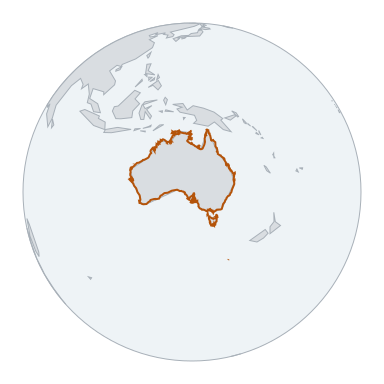 the Earth from above Australia
{"feature_id": "AUS", "entity_name": "Australia", "entity_type": "country or territory", "adm_level": 0, "iso_a3": "AUS", "parent_name": "Oceania", "parent_adm1": "", "projection": "orthographic", "projection_center": [137.073, -32.4], "detail": "fine", "context": "on_globe", "style": "outline", "palette": "amber", "viewbox_px": 384, "rotation_deg": 0, "n_neighbors": 0, "source": "natural_earth", "source_scale": "50m", "svg_char_len": 10929}
<svg xmlns="http://www.w3.org/2000/svg" viewBox="0 0 384 384"><circle cx="192" cy="192" r="169" fill="#eef3f6" stroke="#a8b0b8"/><path d="M302.6,167.8L302.5,169.0L302.3,169.1L302.6,167.8ZM339.4,112.6L338.0,109.5L339.8,112.6L339.4,112.6ZM336.4,106.9L337.1,108.1L336.4,106.9L336.4,106.9ZM335.5,105.6L336.2,106.5L335.6,105.8L335.5,105.6ZM334.4,104.2L335.0,104.9L334.4,104.2ZM332.3,101.3L331.7,100.5L332.1,100.7L332.3,101.3ZM231.0,356.4L232.7,356.0L240.7,353.8L231.0,356.4ZM233.1,28.1L227.9,27.5L222.6,25.8L233.1,28.1ZM195.9,23.1L188.7,23.3L196.9,23.4L199.8,23.9L194.3,26.3L170.5,32.1L174.1,34.7L172.8,36.6L166.4,38.0L168.0,35.1L163.5,34.4L165.5,32.8L155.7,34.7L158.0,32.6L149.3,35.5L150.2,37.0L157.9,35.7L149.4,39.7L154.4,42.7L152.5,47.6L135.7,58.9L122.3,64.4L121.0,66.5L117.0,65.3L109.6,70.9L115.5,80.9L114.6,84.8L103.7,94.7L103.8,91.8L93.1,88.6L89.7,98.5L97.7,103.7L100.4,112.7L93.6,111.7L91.0,104.1L87.3,102.7L89.3,94.1L88.3,84.0L81.5,88.8L83.1,84.3L80.6,78.4L71.4,85.7L56.1,105.2L52.3,118.1L47.8,126.8L46.6,113.9L50.0,103.7L47.1,107.6L48.0,103.7L46.7,105.8L53.1,95.7L60.3,86.2L68.1,77.2L76.5,68.7L85.4,60.9L94.9,53.7L104.9,47.2L115.4,41.4L126.2,36.4L137.3,32.1L148.7,28.7L160.3,26.0L172.1,24.2L184.0,23.2L195.9,23.1ZM26.9,228.1L27.1,228.9L30.9,242.1L36.7,258.4L41.0,266.9L44.6,274.3L48.0,279.7L53.7,288.5L61.4,298.9L65.7,304.2L57.8,294.7L50.7,284.6L44.3,274.1L38.7,263.1L33.9,251.7L30.0,240.0L26.9,228.1ZM88.4,276.8L91.6,277.7L90.6,279.3L88.4,276.8ZM29.3,224.3L38.8,252.1L39.1,256.6L35.8,251.2L29.9,235.8L28.5,227.0L26.9,218.5L29.3,224.3ZM140.2,130.8L145.3,131.1L145.2,131.9L140.2,130.8ZM134.9,128.8L140.5,128.5L134.0,130.6L134.9,128.8ZM142.8,128.4L148.6,126.5L151.1,125.2L150.7,126.7L142.8,128.4ZM131.1,129.4L111.4,132.7L103.8,132.5L105.4,129.5L117.6,127.4L131.1,129.4ZM104.8,129.6L93.6,125.5L79.9,111.2L84.8,109.5L99.4,116.0L98.4,118.4L105.2,122.1L104.8,129.6ZM132.8,110.9L131.8,117.6L120.7,118.8L115.8,118.6L112.4,111.1L114.3,106.7L118.2,106.0L134.8,90.3L140.3,92.8L135.0,98.9L139.6,103.7L132.8,110.9ZM52.5,119.0L53.8,124.9L51.5,127.8L52.5,119.0ZM142.4,80.9L135.1,87.0L142.0,79.3L142.4,80.9ZM147.0,74.2L147.0,76.7L144.6,74.5L147.0,74.2ZM120.0,69.7L115.8,71.2L116.1,69.6L121.7,66.8L120.0,69.7ZM151.0,52.2L149.3,56.5L148.0,58.1L146.8,55.6L151.0,52.2ZM265.2,229.5L268.1,233.2L263.6,238.0L257.0,242.0L249.8,240.5L265.2,229.5ZM211.1,225.5L209.1,217.0L216.9,218.2L215.2,224.9L211.1,225.5ZM270.0,226.8L274.0,221.6L273.8,212.3L275.3,221.7L280.5,225.5L270.0,233.7L270.0,226.8ZM177.6,189.7L146.9,203.9L139.5,202.8L140.1,196.6L130.9,180.4L133.2,180.4L130.2,169.7L147.6,158.2L159.7,141.0L170.8,142.1L178.4,131.0L190.3,132.7L187.5,141.5L200.8,149.3L207.7,129.8L217.9,153.9L228.9,165.0L234.3,182.6L222.0,208.6L213.1,212.4L210.5,208.9L207.0,211.3L200.3,208.7L194.8,197.9L191.4,200.4L193.8,193.5L189.4,199.4L185.1,192.7L177.6,189.7ZM263.9,165.3L266.2,166.9L270.4,173.2L266.7,170.7L263.9,165.3ZM296.9,169.0L298.3,172.0L295.9,170.9L296.9,169.0ZM302.3,169.1L299.3,167.9L302.6,167.8L302.3,169.1ZM273.6,155.8L274.9,157.8L274.0,157.9L273.6,155.8ZM272.7,154.8L273.7,153.0L273.8,155.4L272.7,154.8ZM261.2,137.9L262.3,137.3L263.0,138.4L261.2,137.9ZM152.9,130.8L159.7,125.0L163.7,124.6L152.9,130.8ZM259.1,134.8L255.9,133.5L256.2,132.4L259.1,134.8ZM259.1,132.2L258.7,130.5L260.9,135.0L259.1,132.2ZM252.8,126.5L256.9,130.7L252.4,126.7L252.8,126.5ZM250.6,126.1L247.8,124.0L247.9,123.6L250.6,126.1ZM220.8,120.1L231.1,131.7L223.3,129.6L214.4,122.0L208.1,126.2L193.6,123.3L196.7,120.4L194.5,115.3L180.0,112.2L177.0,109.0L182.1,107.2L172.7,104.4L182.9,103.5L187.2,110.0L193.1,105.7L203.6,108.2L214.0,112.1L222.8,118.6L220.8,120.1ZM183.3,117.4L185.1,117.5L183.6,119.4L183.3,117.4ZM242.4,118.8L246.5,123.2L246.1,123.8L244.1,122.7L242.4,118.8ZM224.8,117.9L234.1,114.9L236.4,115.6L230.3,120.1L224.8,117.9ZM231.7,110.9L236.1,112.8L238.6,116.5L237.7,117.0L231.7,110.9ZM162.5,110.8L162.2,112.5L159.6,111.2L162.5,110.8ZM165.8,109.8L173.7,111.8L165.1,111.2L165.8,109.8ZM142.9,104.8L145.1,108.6L151.9,105.6L146.7,109.6L151.5,116.1L150.1,118.8L145.2,111.6L143.8,119.4L140.8,119.5L139.0,113.1L141.9,105.2L144.9,101.8L157.4,99.9L142.9,104.8ZM165.7,104.8L163.6,100.2L165.2,97.3L167.4,99.6L165.7,104.8ZM158.0,89.9L153.0,85.3L148.2,87.4L158.3,80.4L161.4,85.8L158.0,89.9ZM154.3,79.8L149.8,81.6L154.7,77.7L154.3,79.8ZM148.8,80.2L148.7,77.1L152.1,77.3L148.8,80.2ZM156.7,79.8L158.1,74.5L159.5,77.5L156.7,79.8ZM148.2,70.6L154.9,74.9L145.6,73.5L146.9,64.3L151.0,63.8L148.2,70.6ZM181.9,38.9L181.9,37.3L186.1,37.1L184.9,38.2L181.9,38.9ZM199.7,36.0L187.2,36.5L177.1,37.7L179.5,38.5L175.9,41.4L173.2,38.7L181.3,35.8L188.7,35.4L191.2,33.5L197.5,32.7L198.3,30.5L201.5,30.0L203.0,31.9L199.7,36.0ZM198.4,29.7L202.1,27.0L209.3,28.2L210.1,29.0L205.4,29.6L201.8,28.9L198.4,29.7ZM205.1,26.8L201.7,26.2L200.1,23.7L201.6,23.6L206.6,25.5L203.7,25.1L202.8,25.8L205.1,26.8Z" fill="#d9dde1" stroke="#a8b0b8" stroke-width="1"/><path d="M209.6,133.5L209.4,134.4L210.2,135.4L211.1,140.2L211.6,140.6L213.1,140.0L213.6,140.8L215.3,142.2L215.5,146.4L216.4,147.8L216.8,147.9L217.3,150.0L217.0,151.8L217.8,152.7L217.8,153.9L219.9,155.3L220.6,155.3L221.4,156.5L224.1,158.3L224.4,158.9L223.8,159.1L225.7,162.2L226.1,164.8L226.5,164.7L226.8,165.2L227.1,164.1L228.3,165.4L228.6,164.9L228.9,165.5L228.9,168.1L229.6,169.2L231.3,170.4L233.7,174.6L233.6,175.4L234.1,176.2L233.5,179.8L234.3,183.0L234.2,184.3L232.0,189.6L231.4,192.1L230.2,193.7L229.9,194.9L229.0,195.7L228.1,196.0L226.6,197.8L226.4,198.8L225.2,200.3L224.8,201.8L223.1,204.0L221.8,208.9L220.7,209.5L217.0,209.6L214.4,211.5L212.9,211.5L213.2,212.0L213.5,211.9L213.2,212.8L212.8,211.9L212.3,212.0L212.0,211.3L211.1,210.8L211.5,210.4L211.4,210.0L211.0,209.9L210.1,210.6L209.6,210.1L210.1,210.2L210.6,209.5L210.1,208.9L208.9,209.5L209.5,209.7L206.8,211.3L204.4,209.9L202.8,209.5L202.1,209.8L201.1,208.9L199.7,208.3L198.4,206.4L198.6,204.6L198.3,203.8L196.5,201.4L197.3,201.5L197.3,200.8L195.5,201.6L194.7,201.5L195.5,199.8L195.4,199.0L194.5,197.2L193.5,200.1L191.5,200.4L191.9,199.4L192.8,199.4L193.0,197.2L194.1,195.5L193.9,194.4L194.3,194.1L193.8,192.5L193.8,193.3L192.4,195.6L190.4,196.8L189.1,198.7L189.3,199.6L188.9,199.3L188.6,199.5L187.3,198.5L187.5,198.2L188.1,198.5L187.5,196.6L186.2,194.6L185.2,194.3L184.6,193.1L184.9,193.1L184.9,192.5L183.5,191.6L182.4,191.5L181.2,190.9L179.9,191.1L177.1,189.7L171.7,190.7L167.8,192.7L164.4,193.1L161.7,195.2L160.5,195.7L159.1,198.6L155.9,199.2L155.7,198.9L154.1,199.0L150.5,200.0L149.8,201.3L148.6,201.9L146.5,204.0L143.4,204.3L142.1,204.0L140.9,203.2L139.5,203.0L139.1,200.8L140.0,201.0L140.4,199.6L139.6,195.2L137.5,192.2L136.2,188.3L134.0,185.6L133.3,183.5L130.6,180.7L131.0,180.8L131.0,180.3L131.8,181.5L132.3,181.2L132.3,180.7L130.9,179.2L130.9,178.8L131.7,179.3L131.9,180.2L132.1,179.8L132.6,180.6L132.9,180.8L133.2,180.4L132.9,179.1L130.3,175.5L130.2,173.9L130.6,172.4L130.5,170.9L130.1,170.2L130.6,167.9L130.8,167.7L131.2,169.5L131.7,169.0L132.3,167.3L134.1,165.9L137.0,162.9L138.8,162.7L142.2,160.8L143.0,159.9L144.3,159.8L147.9,157.9L148.8,157.0L149.9,154.4L151.2,153.1L150.5,151.6L150.7,150.4L152.5,148.1L154.4,151.0L154.3,149.6L155.0,149.8L155.1,149.2L154.0,148.1L154.3,147.9L154.2,147.3L154.6,147.2L154.9,147.7L155.4,147.3L157.5,147.4L156.4,147.3L157.0,146.0L156.7,146.3L156.3,145.7L156.4,145.0L156.7,144.9L157.1,144.3L158.1,144.6L158.1,144.2L157.7,144.3L157.4,143.9L158.0,143.4L158.9,143.6L158.3,142.6L159.4,141.8L159.5,141.1L159.6,141.9L160.1,141.7L160.3,142.1L160.6,141.7L160.7,140.2L161.3,140.7L161.6,140.2L162.1,140.6L163.0,139.3L164.6,140.0L166.8,141.8L166.5,143.5L166.7,143.2L167.0,143.3L166.8,142.6L167.9,141.8L169.2,142.0L169.7,142.7L169.8,141.9L170.9,142.6L170.9,141.8L171.5,141.7L170.8,141.2L171.0,141.0L170.1,140.6L171.0,139.3L171.3,138.2L172.5,137.3L172.2,136.4L172.8,135.6L173.5,135.5L173.5,134.9L174.2,135.2L174.2,134.6L175.4,133.7L175.8,134.3L178.1,133.9L178.6,134.2L178.9,133.8L179.4,133.7L179.3,132.4L176.8,131.6L177.2,131.2L177.8,131.5L178.3,131.3L179.3,132.0L180.1,131.7L180.8,132.5L184.3,133.3L185.2,133.1L186.1,133.7L186.7,133.8L188.7,132.6L188.1,133.7L188.9,133.6L189.1,134.3L189.7,134.3L189.7,133.5L190.5,133.0L191.6,134.1L190.5,135.3L190.6,135.9L190.2,136.5L189.8,136.3L188.7,136.7L188.8,138.5L187.2,140.8L187.4,141.3L189.8,143.1L191.0,143.4L191.2,144.0L191.8,144.0L193.8,145.0L195.3,146.3L197.5,146.9L198.1,148.1L200.3,149.2L201.7,149.1L202.6,148.5L204.3,144.7L205.0,141.9L204.6,138.4L205.1,136.9L205.0,136.0L206.0,135.5L205.2,134.7L205.3,134.4L205.8,133.3L206.1,133.6L206.7,130.6L207.6,129.9L208.0,130.1L207.8,130.4L208.5,131.1L208.7,133.1L209.6,133.5ZM209.0,216.9L210.3,217.3L212.4,218.6L213.4,218.5L213.6,218.7L214.0,218.3L215.0,218.4L216.2,217.9L216.7,218.1L216.5,222.1L216.3,221.4L215.8,222.1L215.4,223.3L215.3,224.7L214.9,224.9L214.7,224.3L215.0,224.0L214.6,223.7L214.3,224.3L214.0,223.5L213.7,224.7L213.2,224.5L213.4,224.9L212.8,225.8L211.1,225.5L211.0,225.0L211.5,224.8L210.8,224.7L210.1,223.6L209.7,221.5L210.2,222.3L210.3,221.9L210.0,221.3L209.8,221.4L209.8,220.9L209.0,219.0L208.8,217.8L209.0,216.9ZM173.4,131.9L175.2,131.3L176.0,132.0L174.4,133.4L173.1,132.6L172.7,131.5L173.4,131.9ZM193.3,201.8L194.0,201.8L194.5,202.2L193.4,202.3L192.9,202.8L191.2,202.7L190.7,202.3L191.0,201.9L192.6,201.4L193.2,201.5L193.3,201.8ZM191.0,138.1L191.5,138.1L191.1,138.9L191.7,139.2L191.5,139.5L189.9,139.3L190.1,138.3L190.8,137.8L191.0,138.1ZM234.0,175.6L233.8,175.0L234.1,174.0L234.6,173.5L234.5,172.9L234.8,172.7L234.9,173.7L234.0,175.6ZM216.6,214.9L217.2,215.6L217.2,216.2L216.7,216.4L216.1,215.2L216.6,214.9ZM172.4,131.9L173.4,133.2L171.8,133.2L172.4,131.9ZM207.4,215.2L207.3,214.5L207.7,213.6L207.9,214.7L207.4,215.2ZM199.4,145.8L198.7,146.2L197.9,146.5L198.3,145.7L199.1,145.5L199.4,145.8ZM130.5,180.3L129.9,179.6L129.7,178.9L129.8,178.9L130.5,180.3ZM217.1,216.6L217.4,217.0L217.2,217.1L216.4,216.7L217.1,216.6ZM229.4,168.4L229.9,168.5L229.8,169.2L229.4,168.4ZM217.7,151.7L217.8,152.2L217.7,152.5L217.2,151.8L217.7,151.7ZM213.8,224.9L213.8,225.6L213.4,225.3L213.8,224.9ZM234.5,180.7L234.2,181.4L234.3,180.5L234.5,180.7ZM179.1,131.5L178.7,130.7L179.0,130.5L179.2,131.1L179.1,131.5ZM191.0,130.9L190.4,131.6L191.2,130.4L191.0,130.9ZM234.3,180.3L234.2,179.7L234.4,179.5L234.5,179.5L234.3,180.3ZM192.1,143.7L191.6,143.5L191.8,143.1L192.0,143.3L192.1,143.7ZM189.7,138.1L189.3,138.2L189.5,137.7L189.7,138.1ZM133.7,163.6L133.7,164.2L133.7,163.6ZM207.1,129.9L206.8,130.1L206.6,129.7L206.8,129.6L207.1,129.9ZM211.4,210.3L211.0,210.5L210.9,210.4L211.0,210.2L211.4,210.3ZM228.5,259.5L228.2,260.0L228.6,259.3L228.5,259.5ZM190.3,131.8L189.4,132.2L190.3,131.6L190.3,131.8ZM158.3,141.9L158.1,142.2L158.2,141.8L158.3,141.9ZM214.1,224.9L213.9,224.6L214.0,224.4L214.1,224.5L214.1,224.9ZM199.0,147.5L198.6,147.5L198.8,147.2L199.0,147.5ZM156.8,144.5L156.6,144.7L156.6,144.3L156.8,144.5ZM210.7,210.5L211.0,210.9L210.5,210.7L210.7,210.5ZM226.8,164.0L226.7,164.0L226.8,163.7L226.8,164.0ZM209.2,216.4L209.1,216.7L209.1,216.4L209.2,216.4Z" fill="none" stroke="#b45309" stroke-width="2"/></svg>